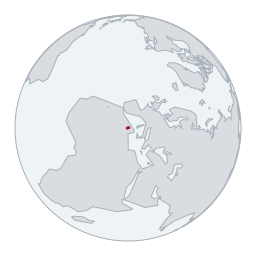 Khenchela on an orthographic globe, rotated 68°
{"feature_id": "DZA-2219", "entity_name": "Khenchela", "entity_type": "Province", "adm_level": 1, "iso_a3": "DZA", "parent_name": "Algeria", "parent_adm1": "", "projection": "orthographic", "projection_center": [7.088, 34.922], "detail": "fine", "context": "on_globe", "style": "filled", "palette": "rose", "viewbox_px": 256, "rotation_deg": 68, "n_neighbors": 0, "source": "natural_earth", "source_scale": "10m", "svg_char_len": 10031}
<svg xmlns="http://www.w3.org/2000/svg" viewBox="0 0 256 256"><g transform="rotate(68 128 128)"><circle cx="128" cy="128" r="113" fill="#eef3f6" stroke="#a8b0b8"/><path d="M67.0,33.3L72.0,30.5L69.0,32.3L71.3,31.1L75.3,28.9L77.3,27.8L90.7,23.0L104.1,19.1L107.1,17.9L107.5,18.3L112.2,16.5L117.5,15.8L118.0,15.8L112.2,16.7L112.1,16.9L116.9,16.2L117.8,16.3L120.7,16.1L121.4,16.4L117.5,17.3L117.9,17.6L121.3,17.1L124.1,17.4L119.1,17.9L123.6,18.5L117.9,20.7L103.9,23.2L101.5,25.7L89.1,31.9L90.9,32.0L87.4,34.8L88.2,36.0L85.7,37.1L88.5,37.2L90.7,36.0L92.7,35.7L93.4,36.4L90.3,37.8L89.5,37.7L88.9,38.5L87.0,38.9L88.3,39.1L84.5,40.9L89.3,40.3L87.0,42.7L84.2,43.6L83.2,42.0L74.3,41.1L71.1,42.1L67.6,44.8L63.6,52.6L60.7,54.5L57.5,58.1L59.7,57.6L63.0,54.7L66.3,54.9L69.8,51.6L71.7,51.3L75.9,48.7L76.5,50.8L75.0,54.4L71.5,56.7L70.8,58.4L75.1,57.8L69.8,64.0L68.1,71.6L66.5,73.2L61.6,73.0L58.9,68.7L52.6,69.7L58.0,71.0L54.1,75.4L54.0,77.1L55.0,78.1L57.0,77.2L55.9,79.3L50.2,78.5L51.0,76.6L52.8,76.7L51.5,74.9L47.6,74.9L46.0,77.4L41.8,75.7L40.6,77.5L39.0,78.4L41.2,75.4L37.1,80.9L31.9,81.3L26.2,91.2L30.4,81.1L31.0,77.9L31.3,75.1L30.3,76.6L31.9,71.6L31.1,71.2L27.4,77.4L24.1,84.5L22.6,89.1L23.7,87.2L23.5,89.8L20.3,96.2L19.3,103.1L17.5,109.2L16.8,114.3L17.1,116.3L17.3,120.9L18.5,119.1L20.1,120.3L18.9,125.8L20.7,122.7L20.9,127.2L24.7,133.6L24.1,134.3L27.1,146.3L32.3,154.9L33.5,160.2L32.7,162.0L34.9,164.7L35.0,166.4L45.6,176.5L52.5,184.3L53.2,189.6L49.4,192.7L50.3,202.5L44.6,200.6L46.1,204.0L46.8,206.1L46.3,205.5L40.7,199.1L35.6,192.4L31.0,185.2L26.9,177.8L23.5,170.0L20.6,162.0L18.4,153.8L16.7,145.5L15.7,137.1L15.7,135.8L15.4,131.9L16.2,128.3L16.9,119.9L16.9,117.4L16.3,118.7L17.2,109.0L18.7,101.7L21.5,91.2L24.5,83.4L28.1,75.9L32.2,68.7L36.9,61.8L42.0,55.2L47.6,49.1L53.7,43.4L60.1,38.1L67.0,33.3ZM24.5,94.1L23.6,105.2L22.5,102.1L23.0,101.9L23.5,98.4L24.1,93.6L23.6,91.4L24.5,94.1ZM27.7,91.8L27.7,90.3L27.9,91.4L27.7,91.8ZM78.0,27.4L75.2,28.9L71.3,31.0L73.5,29.7L78.0,27.4ZM85.6,24.1L84.5,24.7L82.0,25.5L83.4,24.9L85.6,24.1ZM109.0,17.2L106.6,17.7L108.6,17.2L109.0,17.2ZM121.0,16.1L121.4,16.0L122.7,16.0L121.0,16.1ZM75.2,47.8L75.5,48.2L74.6,48.5L75.2,47.8ZM76.7,46.3L75.4,46.3L75.9,45.6L76.7,45.6L76.7,46.3ZM125.0,16.5L127.0,16.7L124.3,16.6L125.0,16.5ZM78.2,46.6L77.0,44.3L78.0,43.2L81.8,42.4L78.2,46.6ZM127.7,16.9L132.6,17.6L133.9,17.2L133.0,18.8L129.1,17.5L125.6,17.4L127.7,17.2L127.7,16.9ZM91.1,35.4L88.8,36.6L90.1,35.0L91.1,35.4ZM91.4,34.4L92.4,30.1L96.2,28.7L95.1,30.3L99.4,28.3L100.7,29.6L98.6,31.1L95.9,31.7L98.5,31.8L91.4,34.4ZM131.7,19.7L132.3,20.1L130.9,19.9L131.7,19.7ZM93.6,35.5L93.5,34.7L96.7,33.4L97.5,34.8L96.2,34.8L93.6,35.5ZM99.8,27.1L102.4,26.5L104.1,27.5L105.3,27.4L101.0,29.6L99.8,27.1ZM95.8,35.4L97.8,35.6L97.0,36.9L93.9,36.2L95.8,35.4ZM97.2,32.5L98.7,32.0L98.1,32.7L97.2,32.5ZM95.0,42.0L94.7,40.8L96.4,40.0L95.0,42.0ZM98.6,35.6L98.9,35.2L99.6,34.8L100.7,35.2L98.6,35.6ZM102.5,30.2L102.7,30.7L104.4,29.3L105.8,30.1L102.6,31.5L104.6,31.2L105.0,31.5L102.0,32.3L102.5,30.2ZM103.7,34.5L100.2,36.8L100.2,39.0L98.7,39.7L98.9,36.1L103.7,34.5ZM102.9,33.1L103.1,34.1L101.2,34.4L99.9,34.0L102.9,33.1ZM107.9,30.2L106.6,28.6L107.3,28.4L107.9,30.2ZM104.1,35.1L104.9,34.5L104.3,35.2L104.1,35.1ZM107.1,31.6L106.6,31.0L107.4,30.8L107.1,31.6ZM107.1,34.0L105.9,34.7L105.0,34.3L107.1,34.0ZM107.4,32.8L108.7,32.7L105.4,33.8L107.0,32.6L107.4,32.8ZM108.0,31.4L108.3,31.1L108.1,31.7L108.0,31.4ZM111.1,35.1L107.2,36.6L105.2,35.8L109.3,34.4L111.1,35.1ZM163.7,21.2L160.0,20.5L148.0,18.6L153.1,19.3L152.8,19.6L155.2,20.3L158.8,20.9L158.7,20.7L168.9,25.3L179.2,29.7L176.3,27.5L177.4,27.4L186.6,31.9L202.7,43.8L204.0,44.8L208.1,48.8L206.2,46.9L206.5,47.5L204.5,45.7L208.1,49.6L205.4,47.2L209.5,51.8L211.0,52.8L208.9,50.0L213.6,55.3L215.0,56.4L215.7,57.3L222.3,66.4L228.0,76.1L229.9,80.1L230.8,81.9L230.6,82.0L232.8,87.5L234.5,91.3L237.9,103.3L237.4,103.3L239.1,110.8L239.5,112.0L240.0,116.0L239.8,114.3L239.6,114.1L238.4,107.8L235.8,101.0L236.1,105.6L234.9,102.1L231.4,98.1L231.2,104.7L231.7,120.6L233.8,130.2L233.1,136.6L227.3,127.3L223.5,119.2L222.1,122.1L215.5,118.1L206.1,125.0L204.1,123.2L202.5,125.7L197.7,125.5L194.5,122.4L191.9,124.1L200.4,132.3L203.1,130.5L204.5,124.6L206.4,128.1L210.9,129.1L208.2,141.7L193.2,158.4L190.7,151.6L174.0,135.0L173.9,132.4L173.8,132.1L173.5,131.7L173.0,136.1L169.8,132.6L179.9,145.3L182.0,151.2L193.0,159.0L192.2,160.5L195.5,161.6L204.6,154.1L204.8,156.6L201.2,170.0L187.7,190.0L188.9,198.1L186.9,205.6L177.3,213.0L176.9,217.5L171.7,220.5L170.5,223.1L165.6,226.6L157.9,230.2L146.3,232.2L146.5,230.3L142.2,226.9L136.6,216.1L140.6,209.9L139.9,205.1L131.4,194.2L133.3,187.4L130.8,184.6L125.7,185.4L122.6,181.9L119.4,181.8L98.8,183.1L92.0,177.6L82.5,161.2L85.8,155.6L85.4,148.2L107.4,125.0L113.2,126.8L131.8,123.2L134.3,124.0L133.3,130.1L148.2,135.9L151.6,130.4L163.9,132.0L171.4,129.9L171.9,118.1L159.7,121.3L156.4,116.3L165.2,109.1L175.7,106.6L174.8,104.6L167.2,101.9L168.5,97.3L164.4,100.7L166.8,102.3L164.3,104.6L161.9,103.3L162.5,101.6L159.1,101.5L157.2,110.0L159.4,112.5L151.0,115.7L154.0,120.4L152.1,123.2L146.3,116.4L146.1,113.5L136.3,106.6L135.8,109.8L145.0,116.7L142.6,116.5L141.9,121.4L140.5,117.4L130.5,109.5L122.3,111.9L113.5,123.9L108.3,124.8L103.2,122.2L104.6,110.2L116.1,109.7L116.7,105.9L112.9,100.3L116.7,100.8L116.6,98.6L120.8,98.2L125.2,92.8L129.2,92.1L129.6,85.5L131.7,84.3L130.9,88.4L132.4,91.1L142.3,89.5L143.8,87.9L143.2,83.8L146.0,84.1L144.1,80.4L149.1,77.9L141.5,78.0L140.7,73.7L142.9,70.0L141.3,68.7L137.6,74.9L137.4,77.4L139.4,79.4L137.6,86.9L134.5,88.5L131.3,81.2L126.5,82.8L126.1,76.8L136.1,63.1L141.1,60.0L152.1,63.2L151.8,66.0L147.7,66.2L152.8,69.7L151.7,67.7L154.0,68.0L153.8,64.4L155.4,64.5L152.4,61.0L154.4,60.7L156.2,63.0L157.5,57.8L161.2,56.6L160.7,55.4L159.2,54.5L164.9,53.8L164.3,53.0L162.2,52.9L159.6,51.3L157.2,48.2L159.4,48.2L160.5,49.2L166.0,51.6L168.7,54.7L169.4,54.4L167.5,51.7L160.7,48.8L158.7,47.0L162.0,48.0L160.7,47.5L160.3,46.6L162.0,45.7L158.4,44.6L151.8,36.0L154.3,33.8L158.0,35.4L155.6,30.3L158.7,28.9L156.7,28.7L154.2,26.5L153.3,26.9L152.1,26.7L145.4,22.1L145.4,21.2L140.3,19.6L139.3,19.6L139.0,20.1L133.0,18.8L133.9,17.2L136.1,17.3L135.2,16.5L140.4,16.9L144.3,17.1L150.6,18.4L153.1,18.7L152.4,18.4L155.4,18.8L163.7,21.2L163.7,21.2ZM101.2,137.8L100.9,140.1L101.2,137.8ZM187.9,109.6L193.4,107.3L189.1,101.5L190.9,100.3L188.7,98.9L188.7,101.1L183.3,97.1L185.0,94.0L183.4,91.3L181.4,92.0L179.1,98.5L187.0,104.1L186.5,107.6L187.9,109.6ZM24.9,133.7L25.2,135.5L24.4,134.5L24.9,133.7ZM21.5,103.8L21.7,105.3L21.5,106.8L21.2,106.0L21.5,103.8ZM25.2,115.3L25.9,117.3L24.9,116.2L25.2,115.3ZM23.6,106.8L24.7,113.9L22.8,112.3L22.2,107.9L23.1,109.7L23.6,106.8ZM25.9,94.2L25.8,95.4L25.3,96.1L25.9,94.2ZM27.8,92.6L27.7,92.3L28.1,91.1L27.8,92.6ZM54.4,75.4L54.9,75.6L55.5,76.9L54.4,77.0L54.4,75.4ZM62.8,79.6L60.9,82.9L61.6,80.4L59.7,80.9L58.7,76.7L65.7,73.8L62.7,75.8L62.8,79.6ZM59.4,70.6L59.2,73.4L59.1,70.5L59.4,70.6ZM111.7,87.9L113.6,89.2L112.7,91.8L107.6,93.5L108.8,89.8L111.7,87.9ZM116.5,90.6L114.6,83.3L117.7,82.2L116.3,84.0L118.5,84.0L116.8,87.0L121.6,93.4L121.1,96.1L111.9,97.4L115.2,95.3L113.2,94.0L116.5,90.6ZM104.5,69.1L103.8,66.6L111.4,67.3L111.3,69.6L106.2,71.3L103.4,69.6L104.5,69.1ZM85.2,46.0L84.4,45.5L85.3,45.1L86.6,45.1L85.2,46.0ZM94.7,41.5L89.5,48.0L88.4,47.6L86.7,52.2L83.0,53.2L84.2,50.1L80.1,54.5L79.7,52.1L77.2,55.2L80.3,48.4L79.8,46.7L81.8,48.2L85.2,47.2L86.5,46.3L89.9,42.6L90.4,38.8L93.9,37.5L96.2,37.7L96.6,38.4L94.2,38.9L96.5,39.5L93.3,40.9L94.7,41.5ZM121.3,43.6L118.4,43.3L122.4,45.9L119.2,46.8L119.9,47.0L118.1,48.6L117.1,51.1L115.5,51.2L115.7,52.2L114.6,53.3L114.4,54.7L111.5,55.5L111.1,57.3L109.9,56.6L110.0,59.6L108.7,57.7L107.0,59.3L109.2,60.2L93.8,62.3L88.5,65.0L84.7,68.4L82.9,65.2L85.2,60.1L89.8,55.0L95.2,53.0L93.4,52.1L95.5,50.9L96.1,52.1L96.4,49.6L98.3,49.0L102.3,45.2L101.7,42.2L103.2,40.9L104.4,41.8L105.0,39.9L108.2,40.7L109.3,39.9L113.6,40.0L115.2,42.4L116.3,41.3L119.6,41.5L121.3,43.6ZM112.3,35.2L114.9,37.6L114.5,39.4L107.2,38.5L105.8,39.2L101.1,38.9L101.8,36.5L103.1,36.7L104.5,36.4L103.7,37.3L105.4,36.4L107.2,36.8L109.0,36.2L109.3,37.1L112.3,35.2ZM136.5,121.5L138.3,121.5L141.0,121.0L140.6,124.2L136.5,121.5ZM129.6,116.2L131.1,115.6L131.9,119.6L130.0,119.6L129.6,116.2ZM131.3,112.1L131.2,115.3L130.1,113.6L131.3,112.1ZM132.2,87.8L133.8,87.1L134.2,88.0L133.7,89.6L132.2,87.8ZM132.5,52.6L130.9,51.9L131.2,51.3L129.2,48.7L131.3,48.0L133.4,49.3L132.5,52.6ZM170.2,120.6L168.5,123.4L167.2,122.6L168.1,121.8L170.2,120.6ZM154.2,124.3L158.2,124.9L154.0,125.1L154.2,124.3ZM134.5,51.4L133.4,50.3L135.2,50.6L134.5,51.4ZM132.8,47.4L134.8,47.5L131.4,47.6L132.8,47.4ZM202.7,197.5L193.7,211.7L189.4,213.7L189.6,210.9L193.6,203.0L199.0,198.6L201.9,194.1L202.7,197.5ZM240.6,124.2L240.1,121.2L240.2,119.1L240.3,119.5L240.6,124.2ZM234.2,130.8L235.9,134.6L235.3,136.9L234.2,130.8ZM231.9,84.4L232.6,86.4L232.1,85.2L230.8,82.0L231.9,84.4ZM151.5,45.7L151.8,50.0L153.5,53.0L156.7,54.4L152.3,54.4L149.7,49.7L151.5,45.7ZM151.6,37.1L148.7,36.2L149.8,35.6L150.6,35.7L151.6,37.1ZM150.0,37.3L146.8,38.1L145.1,36.9L148.0,36.5L150.0,37.3ZM140.7,44.3L140.7,45.5L139.3,45.2L140.7,44.3ZM184.4,30.5L183.9,30.2L183.7,30.1L184.4,30.5ZM181.8,29.0L182.7,29.6L175.9,26.9L173.9,26.1L177.9,27.1L178.9,27.7L181.0,28.7L181.8,29.0ZM133.3,20.0L132.4,20.1L132.6,19.8L133.3,20.0ZM151.7,27.0L150.2,26.6L150.4,26.1L151.7,27.0ZM146.1,25.4L146.9,26.3L145.2,25.4L146.1,25.4ZM148.8,28.3L146.8,26.6L150.0,28.2L148.8,28.3Z" fill="#d9dde1" stroke="#a8b0b8" stroke-width="1"/><path d="M127.2,127.2L127.2,126.9L127.3,126.9L127.5,126.8L127.5,126.7L127.8,126.6L128.0,126.7L128.3,126.6L128.4,126.8L128.4,126.7L128.5,126.7L128.5,126.8L128.7,127.0L128.5,127.3L128.5,127.5L128.4,127.7L128.3,127.8L128.2,127.9L128.2,128.0L128.3,128.1L128.3,127.9L128.5,127.9L128.5,128.0L128.5,128.3L128.5,128.5L128.4,128.5L128.3,128.8L128.2,129.1L128.1,129.5L127.9,129.5L127.8,129.4L127.4,129.2L127.4,128.9L127.4,128.6L127.5,128.4L127.4,128.4L127.2,128.3L127.2,128.2L127.1,127.8L127.1,127.7L127.2,127.3L127.2,127.2L127.3,127.2L127.2,127.2L127.2,127.2Z" fill="#f43f5e" stroke="#9f1239" stroke-width="1.5"/></g></svg>